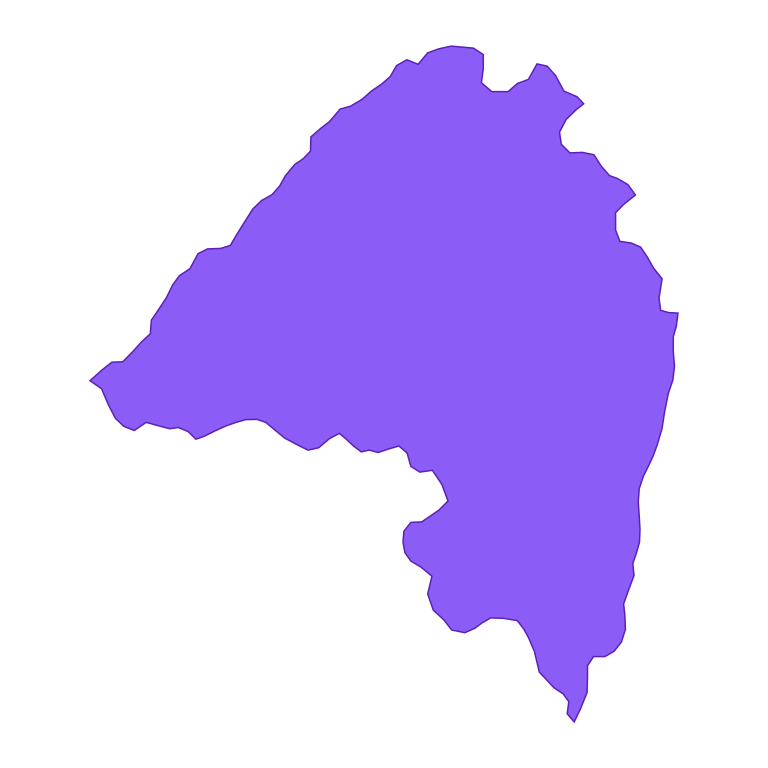 the district of Camacho, Minas Gerais, Brazil
{"feature_id": "56859067B97694882575280", "entity_name": "Camacho", "entity_type": "district", "adm_level": 2, "iso_a3": "BRA", "parent_name": "Brazil", "parent_adm1": "Minas Gerais", "projection": "equal_earth", "projection_center": [-45.134, -20.652], "detail": "fine", "context": "isolated", "style": "filled", "palette": "violet", "viewbox_px": 768, "rotation_deg": 0, "n_neighbors": 0, "source": "geoboundaries", "source_scale": "gbopen_adm2", "svg_char_len": 2292}
<svg xmlns="http://www.w3.org/2000/svg" viewBox="0 0 768 768"><path d="M678.0,313.1L668.9,312.6L660.7,310.4L659.0,298.0L662.1,278.8L653.5,268.0L647.3,257.0L640.6,247.1L631.3,243.0L619.9,241.4L615.6,230.0L615.6,212.6L623.8,204.3L635.4,195.0L628.0,184.7L617.2,178.4L609.5,175.6L601.3,166.2L593.9,154.7L582.3,152.4L569.9,152.9L561.3,144.3L559.5,132.2L566.1,119.5L576.3,109.6L583.7,103.8L577.1,96.8L563.9,91.1L555.6,75.6L547.1,66.1L537.0,63.9L528.4,79.4L517.4,83.5L508.1,91.6L491.8,91.6L481.4,82.8L483.3,68.6L483.3,54.6L473.4,48.1L451.1,46.1L439.0,48.8L427.7,52.8L418.1,64.3L406.9,59.8L396.7,65.5L390.1,76.7L381.5,84.2L371.6,90.9L362.1,99.3L350.5,106.2L340.2,109.0L329.3,121.8L320.4,128.6L310.9,136.9L310.5,151.1L303.1,158.8L294.6,164.6L285.5,175.6L279.8,185.8L272.1,194.6L261.7,200.4L252.8,209.0L245.4,220.7L236.5,234.9L230.3,245.5L220.6,248.4L207.5,248.9L198.1,253.6L189.9,268.7L179.4,275.7L172.7,284.9L166.5,297.5L158.5,309.7L151.4,320.1L150.3,333.8L141.5,341.9L132.6,351.8L122.7,361.8L111.8,362.2L101.6,370.3L90.0,380.7L101.6,388.8L108.5,405.0L115.4,418.3L123.9,426.4L134.3,430.5L146.1,422.4L159.3,426.0L169.7,428.7L178.3,427.5L188.2,431.6L195.9,439.2L204.2,436.3L214.6,431.1L226.5,425.7L236.0,422.4L245.9,419.6L257.0,419.4L265.8,422.4L276.2,431.1L284.7,438.1L298.8,445.6L308.0,450.1L318.6,447.8L329.5,438.6L339.3,433.4L346.3,439.2L353.5,446.0L361.3,451.9L369.1,450.1L378.2,452.5L388.9,448.9L398.9,446.0L407.1,453.0L410.8,466.3L419.8,472.1L432.4,470.3L442.0,484.7L448.0,501.0L438.8,510.2L430.2,516.1L421.7,521.9L410.9,522.4L403.9,531.2L403.0,542.2L404.9,552.6L410.9,561.1L420.8,567.0L431.9,576.2L427.7,594.0L433.3,610.2L443.7,619.7L451.7,630.0L464.8,632.7L475.0,628.2L481.9,623.0L490.7,617.9L503.4,618.3L517.3,620.6L524.0,629.4L528.6,637.9L534.4,651.4L539.3,672.1L547.4,680.7L553.9,687.7L563.3,694.0L568.8,701.7L567.2,713.8L574.2,721.9L580.6,708.6L587.1,692.4L587.5,677.3L587.5,665.8L593.5,656.6L604.8,656.6L614.2,651.2L621.4,642.0L625.4,629.4L624.9,615.4L623.6,603.9L628.8,589.5L634.0,575.5L632.8,563.6L636.2,553.7L639.5,542.2L640.0,529.3L639.2,515.6L638.3,502.1L639.2,488.8L643.4,476.2L648.3,466.3L653.0,456.4L657.2,444.9L662.0,428.7L664.7,411.3L668.4,393.1L672.8,380.2L674.5,366.3L673.3,351.8L673.3,336.7L676.3,326.4L678.0,313.1Z" fill="#8b5cf6" stroke="#5b21b6" stroke-width="1.5"/></svg>